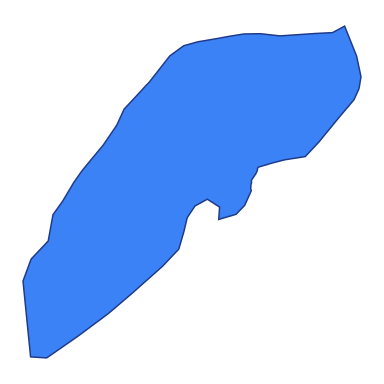 outline of Kolokuma/Opokuma, Bayelsa, Nigeria
{"feature_id": "59680162B30593466404451", "entity_name": "Kolokuma/Opokuma", "entity_type": "district", "adm_level": 2, "iso_a3": "NGA", "parent_name": "Nigeria", "parent_adm1": "Bayelsa", "projection": "orthographic", "projection_center": [6.286, 5.067], "detail": "fine", "context": "isolated", "style": "filled", "palette": "blue", "viewbox_px": 384, "rotation_deg": 0, "n_neighbors": 0, "source": "geoboundaries", "source_scale": "gbopen_adm2", "svg_char_len": 1032}
<svg xmlns="http://www.w3.org/2000/svg" viewBox="0 0 384 384"><path d="M30.6,356.9L46.7,357.9L78.2,336.0L108.4,313.5L131.5,293.8L145.7,281.2L162.4,266.4L178.8,249.1L183.9,231.6L187.2,217.7L189.5,214.2L195.0,206.0L207.3,199.2L219.6,207.1L218.7,219.5L220.8,218.8L236.1,214.3L244.7,205.3L251.3,190.7L250.6,187.9L250.9,187.1L250.9,185.5L251.0,184.6L251.2,183.8L251.6,182.5L251.4,181.3L251.7,179.8L255.8,173.8L257.1,171.0L257.5,169.2L257.9,167.3L269.3,163.9L273.1,162.8L284.3,159.9L284.7,159.8L305.2,156.6L305.5,156.3L319.2,141.7L325.5,133.9L329.0,129.7L339.3,117.1L353.6,100.2L354.0,99.7L358.9,88.9L359.4,86.4L361.0,76.8L356.6,56.1L344.6,26.1L332.6,32.6L315.2,33.5L284.3,35.6L280.0,35.9L260.4,33.7L243.7,34.0L229.9,36.2L214.4,39.0L207.4,40.2L200.9,41.3L198.2,41.7L183.8,45.7L169.9,55.8L161.4,66.6L149.2,82.2L146.3,85.2L137.0,95.3L124.2,109.0L116.7,125.3L103.2,145.1L89.5,161.6L85.5,166.5L81.9,170.9L73.9,182.3L62.8,200.9L53.0,214.7L48.2,241.0L31.1,259.1L23.0,281.1L30.6,356.9Z" fill="#3b82f6" stroke="#1e3a8a" stroke-width="1.5"/></svg>